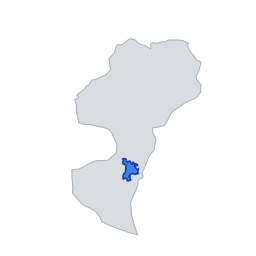 where Dobele sits in Latvia, rotated 287°
{"feature_id": "LVA-1082", "entity_name": "Dobele", "entity_type": "Municipality", "adm_level": 1, "iso_a3": "LVA", "parent_name": "Latvia", "parent_adm1": "", "projection": "orthographic", "projection_center": [23.182, 56.625], "detail": "fine", "context": "in_parent", "style": "filled", "palette": "blue", "viewbox_px": 256, "rotation_deg": 287, "n_neighbors": 0, "source": "natural_earth", "source_scale": "10m", "svg_char_len": 2928}
<svg xmlns="http://www.w3.org/2000/svg" viewBox="0 0 256 256"><g transform="rotate(287 128 128)"><path d="M184.6,187.1L183.2,186.9L179.1,185.5L175.7,183.3L173.5,180.4L169.8,176.3L167.5,174.2L163.8,171.6L157.6,166.3L155.4,165.2L144.8,163.1L141.0,162.1L137.3,155.9L136.1,152.3L134.4,151.7L132.5,152.5L130.5,153.3L125.8,157.7L124.3,158.3L121.4,158.4L114.5,159.4L111.4,157.9L105.9,156.3L103.0,156.0L100.4,156.1L88.8,154.5L86.7,156.3L84.6,156.6L82.5,153.8L80.0,153.0L77.1,153.9L72.0,154.0L65.9,153.1L58.1,152.3L56.9,152.5L48.2,156.1L46.1,156.6L36.5,162.7L28.8,168.4L28.3,158.9L29.3,140.1L30.7,130.8L35.9,125.5L38.6,121.3L40.2,115.6L40.8,110.4L41.9,106.1L49.5,93.9L55.2,92.6L63.0,89.3L71.7,86.5L73.3,90.2L74.2,93.0L84.6,103.2L87.2,106.6L91.3,118.3L101.2,124.2L108.9,122.3L112.2,119.4L118.3,114.0L120.9,110.0L121.4,106.3L120.1,90.3L118.3,83.4L118.8,79.0L119.9,79.2L122.4,77.1L130.7,73.1L132.4,72.9L134.3,72.0L139.5,68.9L141.2,70.4L142.7,72.2L143.5,72.2L143.8,71.5L143.7,70.4L144.0,69.5L145.6,69.9L151.9,74.6L154.3,75.6L155.9,75.9L157.9,78.1L163.2,79.4L163.9,80.5L164.4,82.0L169.6,87.9L171.9,90.9L176.4,93.5L178.4,94.1L185.9,90.8L188.0,89.7L189.8,89.6L191.7,91.0L195.9,92.8L199.7,93.2L200.3,93.0L203.5,93.0L204.7,93.7L205.6,97.6L209.4,100.5L213.0,102.8L213.9,103.9L214.3,106.2L214.3,108.8L213.9,110.2L212.6,111.9L211.7,116.0L211.8,119.8L210.3,126.6L210.7,126.7L214.7,125.2L215.9,125.8L216.9,127.2L217.5,131.3L219.0,133.1L220.6,135.9L221.2,138.2L224.0,140.7L224.3,142.4L226.4,148.5L227.2,152.0L227.7,154.7L227.2,158.3L226.7,160.7L225.8,160.6L223.5,161.4L219.9,164.5L214.7,171.6L213.4,173.2L212.2,178.4L211.9,178.9L208.6,178.9L207.7,178.9L204.4,179.2L197.1,178.2L194.4,179.3L191.0,184.7L189.6,185.5L185.4,186.4L184.6,187.1Z" fill="#d9dde1" stroke="#a8b0b8" stroke-width="1"/><path d="M94.4,133.2L94.7,133.2L95.8,132.8L96.8,132.0L97.3,132.4L97.9,134.6L97.3,135.5L96.1,136.1L95.4,136.6L94.9,137.5L95.6,138.0L96.2,138.2L96.6,138.6L96.7,138.8L96.6,139.0L96.8,139.6L96.8,139.8L96.5,140.0L95.7,140.7L95.5,141.1L95.1,141.7L94.8,142.0L94.6,142.5L96.7,142.8L96.6,143.5L95.8,143.9L95.5,144.0L95.3,144.3L95.4,144.6L95.7,145.0L96.1,145.6L96.1,146.3L95.8,147.5L95.5,147.9L94.9,148.2L94.3,146.9L94.0,145.5L93.3,145.5L92.1,147.1L91.0,148.3L91.4,149.4L92.0,149.8L91.0,150.1L89.4,150.1L88.2,150.3L87.5,151.2L87.0,150.6L86.8,149.3L85.9,148.9L85.8,146.6L85.9,145.5L85.3,145.3L84.6,143.9L84.0,143.3L82.9,143.9L82.4,142.8L81.4,143.4L81.5,144.4L80.6,144.5L79.7,145.2L79.3,145.9L78.9,145.8L78.6,144.7L77.9,144.4L77.7,143.9L77.6,143.7L77.4,143.4L77.3,143.2L77.3,142.7L77.8,142.4L78.4,142.4L78.7,142.3L79.1,141.9L79.4,141.3L79.6,140.6L79.0,139.9L78.7,139.2L78.1,138.9L78.0,138.0L78.7,137.9L80.0,137.4L80.8,137.2L83.1,137.3L84.2,138.1L85.8,138.3L86.2,138.2L86.8,137.9L88.2,138.2L88.8,137.6L89.4,137.3L90.9,137.3L91.7,137.1L92.4,135.4L92.1,134.5L92.1,134.1L92.3,133.7L93.7,132.8L94.1,133.1L94.4,133.2Z" fill="#3b82f6" stroke="#1e3a8a" stroke-width="1.5"/></g></svg>